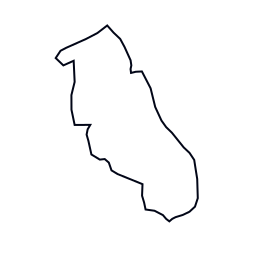 Kiruhura, Equal Earth projection, rotated 336°
{"feature_id": "UGA-3371", "entity_name": "Kiruhura", "entity_type": "District", "adm_level": 1, "iso_a3": "UGA", "parent_name": "Uganda", "parent_adm1": "", "projection": "equal_earth", "projection_center": [30.869, -0.246], "detail": "fine", "context": "isolated", "style": "outline", "palette": "ink", "viewbox_px": 256, "rotation_deg": 336, "n_neighbors": 0, "source": "natural_earth", "source_scale": "10m", "svg_char_len": 810}
<svg xmlns="http://www.w3.org/2000/svg" viewBox="0 0 256 256"><g transform="rotate(336 128 128)"><path d="M94.4,44.5L90.4,34.7L97.8,30.0L104.2,29.6L117.8,29.6L125.7,29.6L138.7,28.8L150.7,25.9L153.6,35.0L157.1,43.5L157.8,52.6L157.9,67.2L156.5,72.2L154.3,75.2L153.2,78.9L158.0,79.8L163.7,82.0L164.8,100.9L161.4,119.9L161.6,134.8L163.2,142.7L166.2,150.2L171.0,168.4L174.1,175.8L175.5,184.1L173.3,192.2L170.5,202.7L163.2,220.5L157.2,227.1L150.1,229.5L142.6,229.7L135.2,228.8L131.5,229.0L127.8,230.1L125.9,226.6L124.5,221.8L118.6,214.4L110.9,209.6L112.4,202.6L113.3,195.6L118.4,185.2L99.8,165.9L95.7,160.0L96.4,151.8L94.1,146.9L89.4,145.4L83.8,137.3L86.6,123.6L87.5,117.2L90.6,112.8L94.8,109.8L80.5,103.5L83.8,88.3L89.7,74.9L98.0,64.2L105.7,44.5L94.4,44.5Z" fill="none" stroke="#020617" stroke-width="2"/></g></svg>